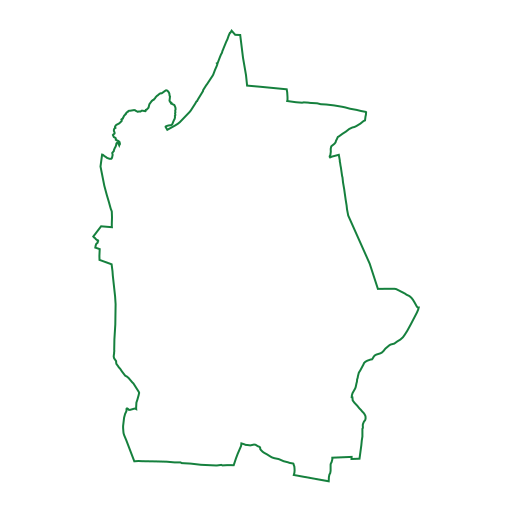 Romani, Neamt, Romania
{"feature_id": "2599482B46958665010452", "entity_name": "Romani", "entity_type": "district", "adm_level": 2, "iso_a3": "ROU", "parent_name": "Romania", "parent_adm1": "Neamt", "projection": "natural_earth1", "projection_center": [26.711, 46.815], "detail": "fine", "context": "isolated", "style": "outline", "palette": "green", "viewbox_px": 512, "rotation_deg": 0, "n_neighbors": 0, "source": "geoboundaries", "source_scale": "gbopen_adm2", "svg_char_len": 6044}
<svg xmlns="http://www.w3.org/2000/svg" viewBox="0 0 512 512"><path d="M359.5,458.7L361.3,445.4L361.8,440.3L362.4,436.6L362.4,429.1L362.4,428.8L362.7,428.4L362.9,427.5L362.8,425.7L362.8,424.8L363.1,423.6L364.0,421.5L364.8,420.6L365.1,420.2L365.3,419.7L365.6,418.3L365.5,416.4L365.2,415.5L364.4,414.0L363.6,412.9L362.2,411.5L360.9,409.9L359.3,408.3L357.4,405.9L354.3,402.6L352.7,400.4L352.4,397.3L351.7,397.2L351.9,395.3L352.5,393.2L355.2,388.4L355.7,387.0L356.5,383.2L356.9,381.8L357.0,381.1L357.1,379.5L357.7,377.7L357.9,376.3L358.8,372.8L359.3,371.9L360.1,370.7L362.2,366.8L363.5,364.4L364.0,363.1L365.1,362.0L366.0,361.4L367.3,360.7L370.7,359.5L371.9,359.4L372.6,358.6L373.7,356.7L374.7,355.5L376.3,354.6L380.2,353.4L381.8,352.6L383.6,350.9L384.5,349.7L385.4,348.6L389.1,345.5L389.8,345.0L390.8,344.5L394.3,343.6L397.3,341.4L400.3,339.6L402.9,337.3L404.7,334.8L407.2,330.9L410.7,324.5L416.9,312.6L418.2,309.6L418.4,308.6L418.7,307.5L417.9,307.5L417.2,307.0L416.8,306.5L414.7,302.7L412.9,299.7L411.4,297.8L409.7,296.3L408.9,295.8L406.5,294.7L405.0,293.6L396.2,289.1L394.6,288.8L386.3,288.8L377.9,288.9L369.7,263.7L348.2,215.5L347.0,209.2L346.6,205.5L345.6,199.3L344.2,189.3L343.0,182.3L342.5,177.5L342.1,176.0L340.9,167.6L340.5,165.6L340.1,162.8L339.8,161.5L339.8,160.4L338.8,154.8L332.0,156.6L330.3,157.3L330.1,157.4L329.7,156.8L329.7,156.4L329.8,156.0L330.3,155.2L330.4,154.7L330.8,151.8L330.7,148.9L331.2,146.6L331.4,146.2L334.4,143.8L335.3,142.7L335.6,142.2L336.1,140.5L336.7,139.5L337.8,137.0L338.9,136.4L342.6,133.7L345.9,131.6L349.2,129.0L352.3,127.5L354.4,127.0L356.3,126.1L360.4,123.6L363.6,121.0L365.0,120.4L365.5,116.5L365.9,114.8L366.1,112.2L365.8,111.9L365.3,111.8L361.0,111.0L356.6,109.9L349.9,108.7L345.2,107.4L342.3,106.8L334.0,105.4L326.2,104.5L320.7,104.2L317.2,103.3L310.0,102.9L308.0,102.6L304.2,102.4L303.3,102.4L302.9,102.6L301.8,102.7L295.7,102.2L287.2,101.0L287.5,99.8L287.5,97.2L287.2,92.4L286.7,89.3L260.8,86.8L247.1,85.6L246.0,75.1L243.0,57.7L240.2,35.0L235.2,34.8L231.6,30.7L230.6,32.5L230.2,32.9L229.9,32.9L229.6,33.5L228.6,35.8L227.4,39.3L226.2,41.8L223.3,48.9L223.1,49.6L222.8,50.1L222.4,51.1L222.0,52.7L221.0,54.5L220.0,56.9L217.6,63.2L217.1,63.2L216.9,63.3L217.3,64.0L217.3,64.4L216.8,65.8L215.0,69.9L213.2,74.7L212.5,75.9L210.9,78.3L206.9,84.4L206.3,85.1L203.4,89.7L203.1,90.2L203.0,91.1L197.8,99.6L197.1,101.1L196.6,101.3L196.1,102.0L195.3,103.5L190.8,110.5L189.6,112.0L179.8,122.2L177.8,123.8L174.9,125.6L167.3,129.8L165.6,126.9L165.6,126.6L165.8,126.4L167.3,125.8L168.9,125.4L170.9,125.2L171.5,124.9L172.2,124.3L172.5,123.7L173.2,121.8L173.5,121.2L174.1,119.8L174.6,119.0L174.9,117.7L175.0,117.3L174.9,115.8L175.3,115.2L175.3,114.5L175.1,113.7L175.1,113.1L175.4,112.4L175.2,110.7L175.6,109.1L175.4,107.8L175.4,107.5L174.7,105.8L174.3,105.0L171.1,103.5L171.4,102.8L169.9,101.7L169.9,101.4L169.5,100.7L169.9,97.5L169.9,96.8L170.0,96.6L169.5,95.2L169.4,93.9L169.1,93.0L168.9,92.5L167.8,91.1L167.2,90.6L166.4,90.3L166.0,90.3L164.9,91.0L162.0,93.1L161.6,93.3L160.4,93.3L158.5,94.6L158.0,95.2L157.0,95.8L155.5,97.4L155.0,98.4L154.3,98.9L153.8,99.7L153.0,100.1L152.7,100.1L152.2,100.6L152.1,100.8L151.8,100.9L149.4,104.2L148.5,107.7L146.7,109.6L145.8,109.9L145.6,111.0L145.4,111.2L142.5,110.7L141.7,110.7L140.5,111.5L140.1,111.6L139.0,111.4L137.8,111.8L135.6,110.7L134.8,110.1L133.9,110.1L130.4,110.7L128.9,110.8L128.2,111.2L128.0,111.7L126.9,112.3L126.5,112.7L126.2,113.1L126.2,113.4L126.1,113.7L125.6,113.9L125.5,114.4L124.4,115.4L123.9,116.1L123.5,117.1L123.2,117.4L123.0,117.8L122.9,118.5L122.4,118.7L121.5,119.4L121.8,119.8L121.6,121.1L119.2,123.4L116.3,124.9L115.4,126.0L115.0,126.8L115.0,127.4L115.4,127.9L114.4,128.6L114.1,129.2L113.9,130.0L113.9,131.0L114.4,132.1L114.6,132.8L114.6,133.4L114.4,133.7L113.3,134.5L112.9,135.0L113.8,137.0L114.4,137.4L115.1,137.7L115.7,138.2L115.8,138.6L115.8,139.8L118.4,141.0L119.5,142.0L119.9,143.6L119.8,144.4L119.4,144.7L119.2,145.3L118.8,144.4L117.9,143.0L117.1,142.7L116.4,143.5L116.1,145.2L115.6,146.6L114.7,148.2L113.9,150.2L113.8,151.1L112.3,152.8L112.3,153.5L112.6,154.5L112.6,155.2L112.3,156.3L112.2,157.1L111.7,158.4L111.2,158.8L109.5,158.8L107.0,157.9L105.9,157.0L104.4,156.1L102.9,154.8L102.1,154.6L100.5,166.5L104.3,185.7L106.8,195.0L109.0,202.4L110.3,207.2L110.9,209.2L111.5,210.6L111.8,211.6L112.0,217.5L111.8,223.6L111.8,226.0L111.9,227.2L101.1,226.3L93.3,236.5L93.5,236.7L93.7,237.1L94.1,237.5L94.6,237.8L95.1,238.2L95.8,239.1L96.8,239.9L97.9,240.3L98.2,240.9L97.7,241.6L97.7,242.6L96.3,243.9L96.1,244.2L96.0,244.7L95.7,245.4L95.3,247.6L99.7,249.1L99.4,256.0L99.5,259.9L111.6,264.3L112.5,271.3L112.8,275.5L115.1,296.5L115.6,304.2L115.3,324.6L114.4,339.3L114.2,349.9L114.3,350.9L114.1,352.5L114.1,353.4L113.9,354.6L113.7,356.4L114.0,358.0L114.5,358.9L116.1,361.1L116.2,362.9L116.4,363.9L118.4,366.6L118.7,367.2L120.2,368.8L121.9,371.4L125.2,375.7L126.8,376.5L128.6,378.0L132.3,382.4L133.4,383.4L138.6,391.6L139.1,392.6L139.1,393.1L138.6,395.3L137.3,399.9L136.4,402.6L136.1,408.0L136.2,409.1L135.2,408.6L134.5,408.6L129.9,409.9L128.8,409.8L128.1,409.0L127.4,408.5L127.0,408.4L126.7,408.6L126.5,408.9L126.5,410.8L126.1,411.8L125.1,413.9L124.1,417.6L123.1,426.0L123.1,427.9L123.4,431.9L123.6,433.4L124.2,435.3L126.3,440.3L134.3,461.3L138.5,461.0L142.1,461.2L155.7,461.4L166.7,461.7L174.6,462.4L180.5,462.4L181.7,463.1L190.7,463.6L201.0,464.8L216.7,465.5L221.3,464.9L222.5,465.4L227.7,465.1L233.7,465.2L236.0,458.3L237.7,453.8L241.1,445.9L241.4,443.4L244.0,444.2L245.7,444.9L247.4,445.0L250.3,445.4L253.8,444.6L254.6,444.6L255.6,444.8L257.8,446.2L259.1,446.7L259.8,447.1L260.2,447.9L260.2,448.9L260.8,449.9L262.7,451.8L264.3,452.9L266.9,454.3L270.7,456.7L272.2,457.5L274.4,458.2L278.4,459.0L279.5,459.4L283.6,461.2L288.0,462.3L289.6,462.9L293.1,463.5L293.3,463.6L293.6,464.2L293.9,465.5L294.3,466.3L294.5,468.3L294.6,470.5L294.4,472.7L293.8,475.0L328.7,481.3L328.9,477.1L329.4,474.6L330.2,473.1L330.6,470.8L330.6,464.5L330.9,463.4L331.5,462.4L332.3,459.5L332.3,457.7L351.6,456.9L351.5,459.0L359.5,458.7Z" fill="none" stroke="#15803d" stroke-width="2"/></svg>